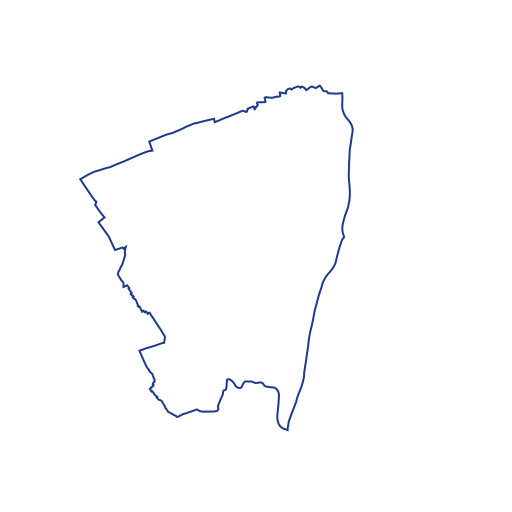 Ke Sach, Sóc Trăng, Vietnam, rotated 56°
{"feature_id": "81297802B85563269288439", "entity_name": "Ke Sach", "entity_type": "district", "adm_level": 2, "iso_a3": "VNM", "parent_name": "Vietnam", "parent_adm1": "Sóc Trăng", "projection": "orthographic", "projection_center": [105.945, 9.824], "detail": "fine", "context": "isolated", "style": "outline", "palette": "blue", "viewbox_px": 512, "rotation_deg": 56, "n_neighbors": 0, "source": "geoboundaries", "source_scale": "gbopen_adm2", "svg_char_len": 6022}
<svg xmlns="http://www.w3.org/2000/svg" viewBox="0 0 512 512"><g transform="rotate(56 256 256)"><path d="M289.5,172.3L284.7,170.9L281.6,169.2L278.2,166.4L276.4,164.4L272.2,159.5L270.2,156.8L268.0,153.7L266.2,151.5L265.2,150.6L262.9,148.2L260.9,146.5L259.1,145.0L256.7,143.3L253.7,141.3L251.3,140.0L250.0,139.1L243.8,135.8L238.0,131.9L233.7,128.6L232.1,127.7L226.9,123.7L224.0,121.6L220.3,118.8L218.3,117.0L217.7,116.3L210.4,109.7L208.1,107.5L206.7,106.3L205.1,105.0L201.7,103.7L198.8,103.3L196.5,103.3L191.5,103.8L189.0,103.8L186.9,103.4L183.8,102.7L181.6,101.7L178.3,99.6L173.1,95.8L169.2,93.5L166.0,99.2L164.1,101.5L161.4,105.2L160.9,105.3L160.1,105.1L159.7,105.1L159.1,105.3L158.8,105.5L158.6,105.8L157.7,107.1L157.5,107.3L157.0,107.7L156.6,107.8L155.8,107.8L152.6,107.7L151.1,107.8L150.6,107.8L150.3,108.1L150.3,111.3L150.2,112.6L146.8,114.8L146.3,117.1L146.7,121.3L146.0,121.7L145.7,121.8L145.1,121.7L144.3,121.7L143.6,121.8L142.3,122.6L141.1,123.3L141.4,125.1L140.0,125.3L139.6,125.6L138.6,127.2L138.1,129.7L137.8,131.1L137.7,131.7L137.9,133.4L137.7,133.6L136.9,133.7L136.6,133.8L136.2,134.1L136.0,134.5L135.6,135.6L135.5,136.5L136.0,138.6L136.1,138.9L136.3,139.2L138.0,140.1L137.1,141.4L136.9,141.6L136.1,142.2L134.8,143.8L133.8,144.6L133.7,144.7L133.7,144.9L136.6,146.2L136.9,146.4L137.0,146.7L136.7,147.3L136.5,148.5L136.3,148.8L135.7,149.2L135.2,150.3L134.4,152.7L133.8,154.5L133.3,154.9L131.4,157.2L131.0,157.8L130.4,158.4L129.9,158.6L129.7,159.6L129.7,160.4L133.2,161.7L133.6,162.1L133.4,162.7L130.3,167.5L129.6,168.8L129.4,169.5L130.7,170.0L131.3,170.2L131.9,170.1L132.4,171.4L132.5,172.9L132.7,173.3L132.9,173.5L133.0,173.5L133.2,174.0L133.4,174.3L133.6,174.7L133.6,175.1L133.2,175.1L130.9,174.2L130.6,174.7L130.3,175.5L129.3,180.4L129.7,180.6L130.0,181.0L130.2,181.8L130.5,182.1L131.0,182.5L131.2,182.8L131.0,183.2L130.9,183.9L130.6,184.2L130.0,184.3L129.7,184.4L128.2,185.7L127.8,187.3L125.7,197.8L124.7,202.3L124.5,202.6L122.7,212.2L122.0,215.4L118.8,214.1L118.2,215.5L114.7,224.7L113.2,229.0L113.1,229.5L113.0,229.9L112.9,230.0L112.3,231.7L111.8,232.3L111.6,232.9L109.6,242.6L109.6,243.5L108.8,249.1L107.4,255.5L107.4,256.1L106.2,259.7L105.3,262.4L104.9,264.1L101.4,280.5L110.7,283.0L108.9,286.7L108.2,289.1L106.4,297.7L104.8,306.6L103.2,315.0L101.8,321.4L101.0,325.9L100.7,327.5L100.3,328.3L98.9,332.4L97.2,338.3L96.1,341.7L95.7,342.6L94.7,349.6L94.2,357.5L94.1,358.8L109.4,358.8L110.7,358.8L116.4,358.7L119.1,358.6L120.9,358.4L121.5,358.0L121.8,358.0L123.8,360.8L127.3,360.7L131.0,360.7L134.6,360.5L139.3,360.0L140.0,367.7L157.0,367.2L158.9,367.4L160.7,367.7L168.8,369.0L172.2,369.5L173.5,364.9L174.2,362.1L175.8,361.7L175.6,360.7L175.6,358.8L178.1,361.5L179.0,362.3L180.3,363.0L181.1,363.3L181.6,363.6L183.0,365.0L183.8,366.0L185.9,368.5L188.4,371.9L188.7,372.3L189.0,373.3L189.8,374.7L190.9,376.3L191.7,377.7L192.2,379.0L193.2,380.1L193.8,380.6L194.5,380.9L200.2,381.2L201.3,381.2L202.9,380.8L203.4,380.8L204.0,381.0L204.6,381.2L205.3,381.6L206.1,382.1L207.5,383.2L207.9,381.9L208.2,379.3L210.3,379.0L211.6,378.9L211.8,379.9L214.7,379.9L217.2,379.7L217.5,381.2L219.2,381.0L219.9,380.2L221.3,380.1L221.4,381.2L221.9,381.1L222.7,381.1L223.2,381.0L223.7,380.7L224.4,380.2L226.6,380.4L227.4,380.7L229.2,381.0L230.6,381.3L231.8,381.4L231.7,381.9L232.2,381.8L232.7,381.6L233.0,381.2L233.2,380.8L235.9,381.3L237.2,381.3L238.4,381.6L238.5,380.9L238.5,379.8L239.3,379.8L240.3,379.8L240.4,378.6L240.9,378.5L241.0,378.0L242.1,378.0L243.4,378.1L243.2,376.9L243.5,375.9L246.8,376.1L250.9,376.0L253.9,376.1L263.9,376.2L265.3,376.3L268.1,376.4L272.0,376.6L274.5,378.7L275.4,379.7L276.6,380.7L275.9,382.1L275.6,383.1L273.8,390.0L272.6,394.0L271.0,398.8L270.3,401.9L269.3,405.5L270.9,405.9L275.7,406.8L278.0,407.2L280.6,407.7L283.2,408.1L285.9,408.6L287.1,408.7L288.3,408.6L289.4,408.6L290.0,408.4L290.5,408.3L290.9,408.4L291.1,408.6L291.5,408.8L291.9,408.8L292.3,408.7L292.7,408.5L294.1,408.4L295.5,407.9L296.9,408.2L297.7,408.5L298.8,408.7L299.8,409.0L300.6,409.0L301.0,408.9L301.7,409.3L302.1,409.5L302.3,409.9L302.7,410.1L303.1,410.1L303.3,410.1L303.6,410.8L303.4,410.9L303.6,411.4L303.8,412.4L304.1,412.9L304.7,413.0L305.3,413.0L305.4,413.8L306.3,413.8L306.3,416.6L306.8,416.7L306.9,418.4L308.9,418.5L309.3,418.2L310.3,418.2L310.4,417.6L312.3,417.5L315.0,417.5L317.6,416.6L317.9,417.4L318.1,417.3L318.4,417.2L319.8,417.2L320.6,417.1L322.3,415.7L323.3,415.3L325.7,415.5L326.5,415.4L327.8,415.6L328.2,415.7L328.9,415.5L329.5,415.5L329.8,415.6L330.7,416.0L331.0,416.1L334.6,415.9L336.1,416.0L338.6,414.5L340.9,413.5L342.5,412.6L343.6,411.8L344.8,411.8L345.4,411.3L345.6,410.6L345.8,409.6L346.3,404.8L347.1,402.5L348.3,398.1L350.2,390.7L353.1,389.4L355.2,387.3L361.5,377.7L362.2,376.1L362.5,375.1L362.4,373.6L362.1,373.0L361.8,372.7L359.5,371.8L358.6,370.8L355.1,365.6L352.2,360.9L350.0,359.0L349.8,358.7L349.4,358.2L349.4,357.8L350.0,356.0L350.0,355.8L349.7,355.4L348.4,354.0L342.3,349.1L342.6,348.2L343.1,347.2L343.4,347.0L345.0,346.2L346.0,345.9L347.4,345.6L348.3,345.5L349.1,345.4L352.5,345.6L353.6,345.4L354.6,344.9L355.8,343.9L356.3,343.1L356.6,342.6L356.9,341.8L356.8,341.5L354.4,337.5L354.0,335.9L353.9,335.5L354.5,334.3L356.1,332.1L357.3,330.2L358.3,329.3L360.3,328.1L360.9,327.5L361.6,326.4L362.2,325.4L362.8,323.8L363.3,323.0L364.0,322.3L364.5,321.9L365.8,321.5L367.7,321.6L368.9,321.3L369.7,320.7L370.4,320.1L371.8,318.6L375.2,314.6L375.9,313.9L377.7,313.4L380.0,313.3L381.6,313.6L384.1,314.7L385.1,315.4L391.1,320.0L400.1,327.5L402.9,329.4L407.2,331.0L410.2,331.2L411.3,331.0L413.9,330.1L415.8,328.8L417.9,327.1L417.5,326.9L411.4,321.2L406.7,314.8L403.5,310.1L399.2,304.0L397.3,302.0L394.2,298.0L390.2,292.0L386.3,287.2L384.6,285.4L383.0,283.8L379.2,280.9L372.0,274.2L364.8,267.7L359.1,262.5L354.2,258.4L349.6,253.9L344.7,248.5L340.0,243.6L335.0,238.8L323.8,226.0L321.4,223.0L318.8,219.5L316.3,216.6L314.9,214.7L312.8,210.8L311.3,206.9L310.4,203.3L309.3,199.8L307.9,196.7L306.4,194.2L300.3,187.5L295.9,182.4L293.2,178.9L290.8,175.7L289.5,172.3Z" fill="none" stroke="#1e3a8a" stroke-width="2"/></g></svg>